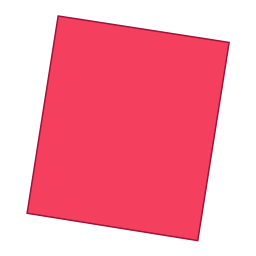 Johnson, Nebraska, United States of America, rotated 279°
{"feature_id": "52423323B53057629068436", "entity_name": "Johnson", "entity_type": "district", "adm_level": 2, "iso_a3": "USA", "parent_name": "United States of America", "parent_adm1": "Nebraska", "projection": "albers", "projection_center": [-96.305, 40.393], "detail": "fine", "context": "isolated", "style": "filled", "palette": "rose", "viewbox_px": 256, "rotation_deg": 279, "n_neighbors": 0, "source": "geoboundaries", "source_scale": "gbopen_adm2", "svg_char_len": 226}
<svg xmlns="http://www.w3.org/2000/svg" viewBox="0 0 256 256"><g transform="rotate(279 128 128)"><path d="M27.7,214.5L228.3,214.5L227.7,41.5L28.0,41.7L27.7,214.5Z" fill="#f43f5e" stroke="#9f1239" stroke-width="1.5"/></g></svg>